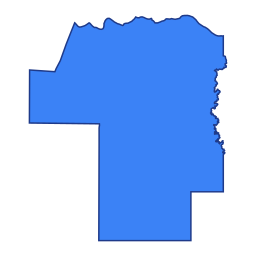 the district of Nuku District, Sandaun, Papua New Guinea
{"feature_id": "67681753B13324685837362", "entity_name": "Nuku District", "entity_type": "district", "adm_level": 2, "iso_a3": "PNG", "parent_name": "Papua New Guinea", "parent_adm1": "Sandaun", "projection": "albers", "projection_center": [142.54, -3.723], "detail": "fine", "context": "isolated", "style": "filled", "palette": "blue", "viewbox_px": 256, "rotation_deg": 0, "n_neighbors": 0, "source": "geoboundaries", "source_scale": "gbopen_adm2", "svg_char_len": 4646}
<svg xmlns="http://www.w3.org/2000/svg" viewBox="0 0 256 256"><path d="M29.4,123.0L99.4,123.8L99.5,125.2L99.2,127.1L99.1,128.1L99.1,128.3L99.1,144.5L98.8,240.6L190.9,240.6L190.9,191.8L223.3,191.8L223.3,165.2L223.3,155.0L223.4,154.7L223.5,154.1L223.8,153.9L224.3,153.7L224.6,153.4L224.8,152.6L224.6,152.4L224.3,152.4L223.7,153.0L222.8,152.6L222.8,152.1L223.3,151.4L224.5,150.6L224.1,150.0L223.9,149.3L222.9,149.5L222.8,149.3L222.6,148.7L221.8,148.2L221.8,146.6L221.3,146.0L221.3,145.1L221.7,144.6L222.5,144.3L222.9,143.9L223.0,143.5L223.2,142.5L222.9,142.2L222.4,142.1L222.9,141.4L222.9,140.8L222.5,140.8L222.2,141.0L221.9,141.7L221.4,142.3L220.2,142.6L219.9,142.9L219.9,143.4L219.6,143.7L219.0,143.2L219.3,142.0L219.2,141.8L218.8,141.7L217.9,141.7L216.6,141.8L215.9,141.6L215.7,141.3L215.8,140.9L216.4,140.8L216.9,140.0L217.2,140.0L217.6,140.3L218.2,140.3L218.4,139.9L217.7,139.2L217.9,138.9L218.7,138.9L218.8,138.8L218.9,138.5L219.9,137.7L219.8,137.3L219.1,136.9L219.1,136.1L219.5,135.7L219.4,135.1L218.9,135.0L218.4,134.3L218.6,133.0L218.3,132.8L217.4,132.8L217.2,133.0L217.1,133.6L216.9,133.9L215.8,133.8L214.8,134.2L214.6,134.1L214.5,133.8L215.1,133.0L214.6,132.4L214.6,132.0L215.0,131.6L215.5,132.1L216.0,132.7L216.7,131.9L215.8,130.6L215.8,128.6L215.6,128.4L214.9,129.1L214.5,129.1L214.4,128.8L214.4,128.4L214.9,126.7L214.7,126.0L213.8,125.3L213.7,125.1L213.8,124.8L214.3,124.9L215.2,124.7L216.2,125.2L216.5,124.9L217.7,123.4L217.7,123.1L217.5,122.9L217.6,122.6L217.9,122.4L218.7,122.4L218.8,122.2L218.6,121.8L217.9,121.8L217.5,121.4L217.6,121.2L218.7,120.1L217.9,119.2L217.9,118.5L215.6,118.4L215.5,117.6L216.2,117.0L216.1,116.7L215.4,116.6L215.1,116.3L215.0,115.9L214.1,115.9L213.8,115.7L213.3,114.4L212.9,114.0L212.1,114.8L211.7,114.7L211.2,114.1L210.6,113.0L210.8,112.7L211.4,113.0L211.7,112.9L211.7,112.6L211.1,111.9L211.1,111.6L211.6,110.9L211.6,110.5L211.2,110.1L211.2,109.0L211.5,108.6L212.2,108.3L213.1,107.6L213.4,107.6L213.7,107.8L213.8,108.4L214.3,108.8L214.8,108.7L215.2,108.3L215.3,107.5L215.0,106.7L215.0,106.1L216.1,106.2L216.4,106.1L217.7,104.5L217.7,104.1L217.2,103.7L215.7,103.3L214.8,103.5L214.5,103.5L214.4,102.8L214.6,102.4L215.4,101.5L215.7,101.4L216.4,101.6L216.8,101.3L216.9,100.1L217.9,100.0L218.3,99.7L218.3,98.8L218.0,98.2L217.4,97.7L217.3,97.4L217.7,96.7L217.5,96.2L217.1,95.6L217.2,94.7L217.6,94.2L218.4,94.3L218.3,93.6L218.8,93.4L219.4,92.6L219.6,92.5L220.0,92.0L220.0,91.6L219.5,90.7L218.7,90.5L218.2,90.1L217.9,89.4L217.4,89.3L217.2,89.9L216.4,90.7L216.4,91.4L216.0,91.4L215.7,91.2L215.2,91.5L215.2,91.9L215.0,92.1L214.8,92.1L214.4,91.8L214.3,91.0L214.5,89.7L214.8,89.2L214.9,88.5L214.3,87.9L216.1,85.9L216.3,85.5L215.9,84.9L217.2,84.0L217.4,83.8L217.2,83.1L216.9,82.3L216.0,81.6L215.8,81.0L215.5,81.0L215.0,80.7L215.0,80.2L215.3,79.5L215.2,78.2L216.2,77.3L216.2,76.1L217.1,75.4L217.1,75.0L216.9,74.7L216.9,74.1L217.0,73.7L216.7,72.8L216.7,71.9L216.0,71.7L215.7,71.4L215.6,70.7L214.8,70.7L214.6,70.6L214.8,70.2L216.2,70.1L216.4,69.8L216.3,69.3L216.5,69.1L216.9,69.4L217.5,69.7L217.9,70.2L218.3,70.1L219.0,69.3L219.6,69.1L220.4,69.3L221.4,69.2L221.8,69.5L222.4,69.4L222.8,68.8L222.9,68.6L223.5,68.6L224.1,68.1L224.0,67.4L225.8,67.4L226.2,67.0L226.3,65.9L225.5,65.7L225.3,65.5L225.1,64.0L225.4,63.6L226.3,63.5L226.6,63.1L226.2,61.4L226.4,60.3L225.6,58.4L225.5,57.7L225.3,56.5L225.0,56.3L224.1,56.0L223.3,55.8L223.3,35.9L222.6,36.0L221.8,35.9L220.3,35.9L218.9,36.0L217.5,35.8L216.0,35.3L215.0,34.8L211.7,32.7L209.2,30.2L207.6,28.8L206.2,27.9L204.9,27.1L203.6,26.7L201.6,25.4L198.9,23.6L197.8,22.3L196.9,21.2L196.1,20.0L194.7,18.7L192.7,17.0L191.5,16.6L189.4,15.8L187.2,15.4L186.0,15.5L184.4,15.5L182.3,15.8L180.8,16.9L179.7,18.3L177.2,18.9L175.1,19.3L173.4,19.0L171.4,18.6L170.0,19.1L167.5,18.9L166.7,18.8L165.6,19.2L164.9,20.1L163.9,20.7L161.8,21.2L161.0,21.6L160.4,21.9L157.7,22.9L155.0,22.9L154.3,21.9L153.2,20.7L152.0,20.1L151.8,19.0L151.2,18.4L149.7,19.1L147.9,19.1L145.8,18.4L144.0,17.5L142.2,16.9L140.7,17.0L139.9,17.3L139.1,17.8L137.4,17.7L135.7,17.0L135.4,17.5L133.8,19.5L132.7,20.3L131.8,21.3L129.9,22.2L128.2,23.1L127.2,23.2L125.1,23.4L123.9,24.0L123.3,25.1L122.8,25.5L122.1,25.3L121.3,25.0L119.4,24.2L117.3,23.6L115.8,22.7L114.5,22.1L112.9,20.8L110.4,19.0L109.1,18.3L107.3,18.5L105.9,19.7L105.0,21.0L104.6,22.2L104.0,23.5L104.0,25.1L103.8,26.9L103.4,28.0L102.9,28.8L101.5,29.3L99.9,29.2L97.9,28.4L97.1,27.9L95.9,27.4L94.5,27.5L92.7,26.3L91.7,25.3L90.1,23.5L89.5,23.0L89.0,22.9L86.9,24.4L85.0,25.6L83.3,26.2L81.1,26.9L79.5,27.1L77.9,26.3L76.8,25.0L75.2,23.2L74.7,22.8L70.3,33.8L66.2,44.2L60.3,60.7L56.1,68.7L54.9,71.7L29.6,70.0L29.4,123.0Z" fill="#3b82f6" stroke="#1e3a8a" stroke-width="1.5"/></svg>